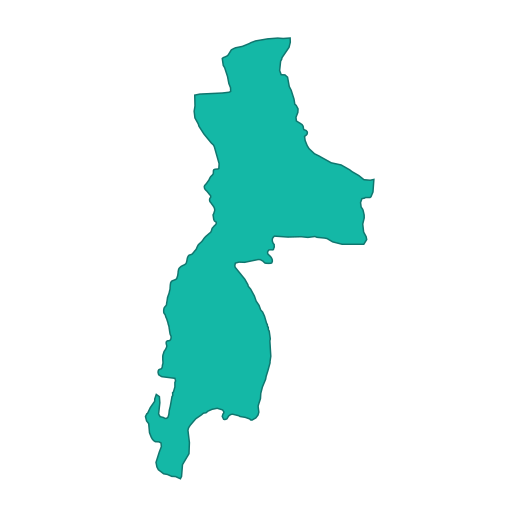 Guanagazapa, Escuintla, Guatemala (Robinson projection), rotated 175°
{"feature_id": "79465075B46302810770825", "entity_name": "Guanagazapa", "entity_type": "district", "adm_level": 2, "iso_a3": "GTM", "parent_name": "Guatemala", "parent_adm1": "Escuintla", "projection": "robinson", "projection_center": [-90.646, 14.158], "detail": "fine", "context": "isolated", "style": "filled", "palette": "teal", "viewbox_px": 512, "rotation_deg": 175, "n_neighbors": 0, "source": "geoboundaries", "source_scale": "gbopen_adm2", "svg_char_len": 5935}
<svg xmlns="http://www.w3.org/2000/svg" viewBox="0 0 512 512"><g transform="rotate(175 256 256)"><path d="M147.6,258.3L144.3,262.7L144.6,265.6L146.7,270.5L146.9,278.5L144.9,284.5L144.7,287.4L145.1,290.5L145.4,292.4L145.8,293.5L147.0,295.6L147.2,300.1L145.5,303.9L144.5,304.0L143.8,304.1L142.8,304.2L141.9,304.7L137.4,304.3L136.3,305.0L133.9,309.6L131.9,322.0L135.6,321.5L141.8,322.6L146.6,327.2L152.9,331.6L155.2,333.7L163.3,339.3L173.0,342.3L183.3,349.3L184.1,349.9L188.9,352.8L193.8,358.3L195.4,361.5L197.0,366.8L197.2,370.9L196.1,371.6L195.1,372.3L194.5,373.0L194.1,374.3L194.2,375.3L195.1,376.6L196.2,377.2L197.4,377.8L197.6,378.9L197.7,380.7L197.9,381.5L198.3,382.2L198.7,382.9L199.4,383.5L204.0,387.0L204.1,390.7L201.8,395.4L201.3,398.9L202.9,402.6L204.1,403.8L204.5,409.1L206.5,418.0L208.1,421.9L209.0,431.4L211.4,433.9L215.1,434.4L216.3,438.7L214.5,447.9L213.2,449.9L212.9,451.2L204.9,461.0L203.2,466.0L203.0,470.2L209.9,470.3L215.4,471.2L225.5,471.3L237.7,470.3L242.4,469.0L244.2,468.2L251.3,466.0L258.3,465.2L260.3,464.5L262.6,463.5L266.2,458.7L267.2,457.9L269.2,457.1L270.9,456.6L271.6,456.3L272.4,455.7L272.0,448.7L270.8,446.3L268.7,437.2L268.0,430.2L266.7,425.8L266.9,422.2L268.3,421.5L275.3,421.3L297.9,422.2L303.0,421.6L303.7,410.8L305.0,405.6L304.8,398.9L302.0,392.6L301.5,390.2L297.2,382.0L290.7,372.5L288.8,370.4L288.0,368.5L284.7,351.2L285.4,346.4L286.7,345.9L287.7,346.0L289.3,346.0L290.5,345.6L291.0,344.7L291.1,343.7L291.3,342.1L291.6,341.4L292.4,340.5L293.0,340.0L294.0,339.2L294.7,338.4L295.3,337.5L295.7,336.8L296.1,336.1L296.5,335.5L297.4,334.5L298.4,333.3L299.3,332.3L301.0,330.7L301.5,329.6L301.4,328.1L300.9,326.8L300.2,325.9L299.3,324.9L298.2,323.3L297.8,322.7L297.4,322.0L297.0,321.5L296.3,320.5L295.9,319.9L296.0,318.5L296.5,318.0L297.1,317.1L297.4,316.0L297.3,314.7L296.8,313.6L296.2,312.8L295.4,311.4L294.5,310.0L293.9,308.8L293.5,308.1L293.2,306.8L293.1,305.6L293.2,304.8L293.8,303.4L294.2,302.4L294.6,301.6L295.2,300.7L295.1,299.2L295.0,297.5L294.9,296.0L294.3,294.5L293.7,294.0L292.7,293.2L292.7,291.9L293.5,290.7L294.5,290.0L295.2,289.4L295.8,288.8L296.4,288.2L297.0,287.7L297.6,286.7L298.0,285.6L298.3,284.8L299.0,283.7L299.6,283.2L300.4,282.7L301.9,281.6L303.0,280.8L304.4,279.8L305.5,278.8L306.3,278.0L307.1,277.0L308.3,275.6L309.0,274.9L310.2,274.0L311.4,273.1L312.4,272.3L313.1,271.3L313.9,270.0L314.3,269.2L315.0,267.9L316.0,266.9L316.8,266.2L317.3,265.6L318.0,264.9L318.5,264.4L319.2,263.7L320.1,263.2L320.9,263.0L322.0,262.8L322.7,262.6L323.5,261.8L324.2,260.7L324.5,260.0L324.9,258.8L325.1,257.9L325.3,257.2L325.6,256.4L326.1,255.0L326.8,254.2L327.9,253.6L328.6,253.3L329.5,253.0L330.5,252.6L331.4,252.2L332.3,251.6L333.0,251.0L333.6,250.5L334.2,249.6L334.6,248.3L334.9,247.3L335.1,245.9L335.5,244.2L335.8,243.1L336.2,242.2L337.0,240.4L337.9,239.7L338.8,239.4L339.6,239.1L340.5,238.9L342.0,238.4L342.6,237.9L343.4,236.7L343.6,235.8L343.9,234.7L344.1,233.3L344.3,232.2L344.4,231.2L344.6,230.2L345.1,228.9L345.7,226.9L346.2,225.7L346.9,224.3L347.4,223.1L347.8,222.2L348.0,221.2L348.2,220.4L348.5,219.1L348.7,218.3L349.0,217.4L349.2,216.4L349.5,215.0L350.1,214.3L351.2,213.3L352.1,212.2L352.5,210.9L352.7,209.9L352.8,208.7L352.8,207.8L352.5,206.7L352.0,206.1L351.6,205.3L351.4,204.4L351.1,202.9L350.7,201.9L350.4,201.1L350.2,200.0L349.9,198.7L349.6,197.6L349.5,196.6L349.3,195.3L349.0,194.2L348.8,192.9L348.8,191.9L348.7,190.6L348.6,188.7L348.5,187.4L348.4,186.1L348.2,185.1L347.8,184.0L347.6,183.3L347.7,182.1L348.0,180.9L348.5,180.0L349.2,179.4L350.2,179.2L351.7,179.2L352.7,178.5L353.1,177.3L353.0,175.9L352.7,174.4L352.9,173.3L353.6,171.9L354.3,170.8L354.9,170.1L355.8,169.0L356.3,168.0L356.6,167.0L357.0,166.3L357.3,165.5L357.6,164.4L357.7,163.5L357.8,161.9L357.9,160.9L357.9,160.2L357.9,158.9L358.0,157.4L358.2,156.7L358.5,156.1L358.9,154.7L359.0,153.9L359.3,153.0L359.9,152.2L360.4,151.8L361.4,151.6L362.2,151.4L362.9,151.0L363.4,150.1L363.6,149.3L363.7,148.4L363.5,147.2L363.3,146.2L361.0,144.4L360.3,144.0L347.4,141.2L347.0,138.5L347.8,137.2L348.2,132.7L350.1,127.7L351.0,127.1L351.1,124.2L351.9,123.4L354.5,113.7L355.8,109.9L356.6,106.0L357.6,103.3L359.1,102.1L360.9,102.1L362.1,103.1L365.5,104.3L366.8,107.1L364.6,118.1L364.5,124.3L367.4,126.8L369.3,122.5L369.6,120.1L374.5,114.2L377.8,108.6L378.5,108.4L380.1,105.7L379.4,101.3L377.5,98.3L377.5,89.2L376.1,84.5L375.1,82.4L373.9,80.9L372.5,79.8L368.8,79.3L366.9,78.0L366.9,74.3L369.4,69.2L372.1,62.7L373.6,59.1L373.1,54.5L371.9,51.6L367.0,47.1L363.3,46.1L359.1,43.8L355.4,43.3L352.9,41.9L350.7,40.7L350.3,41.5L349.4,42.8L347.4,54.6L340.0,64.9L338.6,75.9L339.0,88.4L338.2,90.6L336.5,92.9L330.2,99.1L324.2,102.5L322.1,104.0L319.4,104.2L317.3,105.7L313.1,107.1L307.9,107.7L302.7,105.6L301.6,103.5L301.9,102.2L302.6,101.6L303.6,99.2L302.5,96.2L301.3,95.8L299.8,96.1L299.1,96.4L297.2,99.0L295.0,100.3L293.2,100.5L287.1,98.4L285.9,97.5L280.8,96.2L276.4,94.2L275.7,93.2L274.3,92.9L273.4,93.3L270.3,94.7L267.9,97.3L266.8,100.2L267.0,105.9L266.7,107.1L264.0,113.5L263.2,118.8L261.0,125.0L257.2,132.3L256.4,135.2L254.0,141.1L251.3,148.4L251.3,149.3L250.0,154.8L249.6,170.2L249.0,172.2L249.4,180.1L250.1,181.5L250.0,184.0L250.7,184.8L250.7,186.9L251.3,187.9L252.8,195.4L254.3,199.6L256.0,201.8L257.3,206.6L259.8,211.1L261.1,216.3L264.2,223.4L266.4,226.6L266.6,228.2L269.2,233.9L277.7,246.5L278.0,248.0L277.2,250.7L273.5,251.4L267.9,250.7L254.2,252.3L252.0,252.0L249.4,250.2L249.0,249.6L248.4,249.0L247.7,248.2L246.6,247.9L244.6,247.6L243.2,247.5L241.8,247.5L240.9,247.8L240.2,249.2L240.1,250.6L240.5,252.2L241.2,253.6L242.5,255.3L243.5,256.3L244.0,257.0L244.2,258.1L244.0,259.3L242.9,260.7L241.9,261.0L238.9,260.7L238.1,260.9L237.8,261.8L237.0,263.4L237.0,264.7L236.9,265.8L237.9,267.4L238.4,269.3L238.4,270.4L238.2,271.6L237.7,272.6L236.7,273.6L235.9,274.2L222.6,272.1L209.3,271.3L202.7,270.0L195.6,270.3L193.6,269.3L186.1,267.9L183.7,267.2L178.4,263.4L169.2,260.2L147.6,258.3Z" fill="#14b8a6" stroke="#0f766e" stroke-width="1.5"/></g></svg>